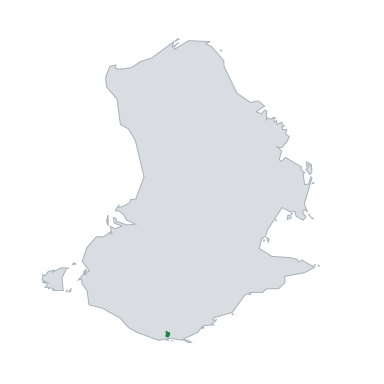 Ipswich, Queensland, Australia (highlighted), rotated 98°
{"feature_id": "25037944B52648858671508", "entity_name": "Ipswich", "entity_type": "district", "adm_level": 2, "iso_a3": "AUS", "parent_name": "Australia", "parent_adm1": "Queensland", "projection": "albers", "projection_center": [152.701, -27.678], "detail": "fine", "context": "in_parent", "style": "filled", "palette": "green", "viewbox_px": 384, "rotation_deg": 98, "n_neighbors": 0, "source": "geoboundaries", "source_scale": "gbopen_adm2", "svg_char_len": 4764}
<svg xmlns="http://www.w3.org/2000/svg" viewBox="0 0 384 384"><g transform="rotate(98 192 192)"><path d="M256.4,69.6L262.7,88.6L268.5,87.3L275.6,92.6L277.5,104.5L281.7,108.4L283.2,119.6L286.4,125.2L305.6,135.3L313.5,152.9L315.7,153.8L315.9,150.6L320.0,153.8L320.6,152.2L322.5,161.2L324.9,163.9L330.1,166.7L340.2,182.0L339.8,192.3L343.5,204.7L338.5,227.7L335.1,236.0L326.9,245.6L319.6,264.3L318.1,278.3L304.4,282.1L297.9,288.4L293.7,289.1L295.0,292.4L288.1,287.8L289.0,286.6L288.5,285.4L287.3,285.4L285.2,287.7L283.5,286.5L286.0,284.3L284.4,282.8L275.9,291.0L261.6,288.4L249.7,280.4L248.6,273.2L242.7,267.3L245.0,267.3L244.7,265.4L237.4,268.2L239.1,263.1L235.4,256.4L233.6,264.7L228.2,266.2L228.7,263.5L231.3,263.1L233.7,251.7L231.7,243.5L228.9,252.7L223.8,256.7L220.7,262.4L221.6,264.9L219.4,264.9L215.4,262.5L217.6,262.2L215.3,257.3L211.0,252.0L208.0,251.7L206.8,246.7L183.7,241.6L148.6,255.4L138.4,263.8L135.1,272.3L110.6,279.1L99.7,291.4L90.6,293.5L78.9,290.8L76.9,285.0L79.7,285.2L80.7,281.0L77.2,269.1L70.1,261.4L65.0,250.6L45.6,230.9L51.1,231.9L46.0,225.6L49.3,229.2L53.2,229.3L42.7,216.5L40.5,194.8L43.0,199.3L45.5,192.7L57.6,178.8L63.0,177.8L87.8,161.3L95.2,146.7L92.6,139.0L96.8,132.1L103.6,139.6L104.9,134.2L101.0,131.5L101.4,129.2L111.0,128.4L107.9,128.3L109.0,124.4L106.7,121.8L111.6,120.2L109.3,118.4L113.3,117.1L111.2,114.2L114.0,109.7L114.7,111.9L117.6,110.9L117.0,106.8L121.5,107.3L123.5,103.4L128.5,104.8L135.7,109.3L135.5,114.1L138.7,108.9L147.9,110.1L149.1,107.3L144.7,104.5L152.0,87.0L154.2,87.6L157.0,83.1L158.5,84.5L168.9,81.5L168.0,77.8L160.4,76.2L161.4,75.1L188.3,79.1L195.3,75.1L193.9,78.4L197.3,79.7L200.7,75.5L204.5,78.2L201.3,85.7L197.0,87.0L197.9,92.0L194.9,100.6L219.5,112.2L225.8,113.0L228.1,116.3L238.5,117.6L244.6,104.2L243.4,85.7L244.0,78.7L246.4,76.8L244.2,73.9L249.5,60.1L256.4,69.6ZM284.7,305.5L295.3,308.8L307.6,305.8L308.8,316.7L307.9,314.8L306.7,317.2L306.7,324.4L302.3,321.6L299.9,328.3L294.6,328.1L295.5,326.2L290.8,323.3L288.6,317.8L290.7,318.7L285.4,311.3L284.7,305.5ZM148.2,77.5L155.6,76.1L158.2,77.7L154.0,82.5L148.2,77.5ZM226.5,271.9L237.2,270.2L232.9,272.6L226.5,271.9ZM204.0,90.1L206.0,93.9L201.4,93.8L201.7,90.9L204.0,90.1ZM339.6,180.2L339.3,175.6L341.0,171.7L341.7,174.5L339.6,180.2ZM304.3,297.9L307.8,298.7L308.0,300.3L304.3,297.9ZM147.7,78.8L150.9,82.1L146.2,82.7L147.7,78.8ZM280.6,299.9L278.6,299.6L279.4,296.9L280.6,299.9ZM231.0,109.2L229.0,110.7L226.9,111.6L227.7,109.2L231.0,109.2ZM45.3,229.9L43.0,228.2L42.2,226.3L42.4,226.1L45.3,229.9ZM307.3,301.8L308.7,302.8L306.1,302.0L307.3,301.8ZM324.0,161.8L325.5,161.8L325.6,163.8L324.0,161.8ZM283.8,119.4L285.8,120.5L285.5,121.2L283.8,119.4ZM302.4,325.5L302.6,327.3L301.3,326.8L302.4,325.5ZM342.2,194.1L342.3,196.6L342.1,196.6L342.2,194.1ZM166.9,74.0L165.6,73.2L166.3,72.5L166.9,74.0ZM201.5,69.2L200.0,71.4L201.7,67.7L201.5,69.2ZM342.4,191.0L341.7,191.8L342.2,190.9L342.4,191.0ZM208.9,104.8L207.9,105.3L208.3,104.3L208.9,104.8ZM200.4,90.5L199.2,90.9L199.8,89.6L200.4,90.5ZM48.0,181.9L48.2,183.6L47.6,183.6L48.0,181.9ZM247.2,59.4L247.3,60.7L246.7,59.8L247.2,59.4ZM287.3,286.1L287.6,286.9L287.3,286.7L287.3,286.1ZM199.6,72.0L197.3,73.6L199.6,71.6L199.6,72.0ZM110.9,112.3L110.3,113.4L110.6,112.2L110.9,112.3ZM303.0,324.2L302.4,324.6L302.7,323.9L303.0,324.2ZM230.5,114.1L229.2,114.2L229.8,113.3L230.5,114.1ZM107.7,120.4L107.2,121.0L106.9,119.8L107.7,120.4ZM307.8,320.3L306.9,320.8L307.2,319.8L307.8,320.3ZM247.8,55.7L247.7,56.6L246.9,56.2L247.8,55.7ZM286.9,287.3L287.8,288.0L286.3,287.9L286.9,287.3ZM307.9,135.1L307.1,135.2L307.4,134.1L307.9,135.1ZM315.2,150.5L314.8,150.5L315.1,149.6L315.2,150.5ZM285.1,304.1L284.9,304.8L284.6,304.0L285.1,304.1Z" fill="#d9dde1" stroke="#a8b0b8" stroke-width="1"/><path d="M337.0,194.8L336.9,194.8L336.8,195.0L336.7,195.0L336.4,195.1L336.4,195.3L336.2,195.2L336.0,195.3L335.9,195.3L335.9,195.2L335.8,195.3L335.7,195.3L335.8,195.3L335.7,195.4L335.4,195.4L335.4,195.5L335.3,195.4L335.3,195.5L335.2,195.5L335.3,195.6L335.2,195.7L335.2,195.8L335.0,196.0L334.9,196.2L334.7,196.1L334.7,196.3L334.5,196.5L334.6,196.9L334.5,197.0L334.5,197.3L334.4,197.4L334.5,197.4L334.5,197.5L334.5,197.8L334.7,197.7L334.8,197.7L334.9,197.4L335.0,197.4L335.0,197.2L335.3,197.0L335.4,196.8L335.4,196.7L335.5,196.7L335.9,196.7L336.0,196.7L336.0,196.8L336.3,196.9L336.5,196.9L336.8,196.9L336.8,197.0L337.0,197.0L337.4,197.2L337.4,197.3L337.5,197.3L337.5,197.5L337.7,197.4L337.6,197.2L337.7,196.9L337.8,197.0L337.9,196.9L338.0,197.0L338.0,196.9L338.2,196.5L338.4,196.6L338.5,196.2L338.4,196.2L338.5,196.1L338.5,195.9L338.4,195.8L338.4,195.7L338.2,195.7L337.9,195.6L337.9,195.4L337.9,195.2L337.7,195.1L337.8,195.2L337.7,195.2L337.7,195.3L337.4,195.3L337.2,195.3L337.1,195.2L337.1,194.9L337.0,194.8Z" fill="#22c55e" stroke="#15803d" stroke-width="1.5"/></g></svg>